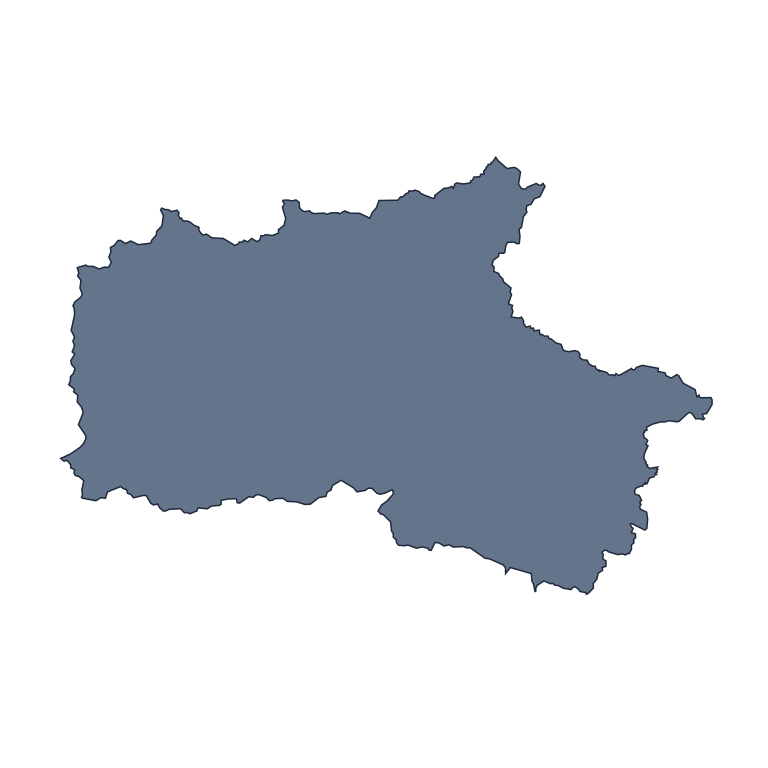 the district of Song, Phrae, Thailand, rotated 267°
{"feature_id": "78962969B64048827158998", "entity_name": "Song", "entity_type": "district", "adm_level": 2, "iso_a3": "THA", "parent_name": "Thailand", "parent_adm1": "Phrae", "projection": "robinson", "projection_center": [100.212, 18.562], "detail": "fine", "context": "isolated", "style": "filled", "palette": "slate", "viewbox_px": 768, "rotation_deg": 267, "n_neighbors": 0, "source": "geoboundaries", "source_scale": "gbopen_adm2", "svg_char_len": 6114}
<svg xmlns="http://www.w3.org/2000/svg" viewBox="0 0 768 768"><g transform="rotate(267 384 384)"><path d="M518.4,92.5L516.3,83.8L510.9,85.0L507.8,83.7L503.3,86.8L495.8,85.4L489.4,87.5L486.4,85.5L482.4,79.8L478.5,77.5L475.4,78.6L469.4,78.7L453.9,74.4L447.1,77.4L443.2,75.6L438.2,76.9L432.4,74.3L430.1,76.8L423.8,72.5L420.0,73.0L415.5,76.3L410.6,74.2L407.7,71.2L403.8,71.0L399.8,69.1L395.1,74.6L392.5,73.5L388.9,77.6L382.2,76.7L376.9,80.6L371.4,82.2L359.4,76.7L348.0,83.5L345.0,83.5L339.7,80.4L336.4,76.8L330.4,66.9L326.6,57.2L323.7,60.4L324.3,63.6L319.5,67.0L316.7,66.7L314.8,70.3L311.0,69.9L308.7,71.0L307.5,74.7L303.2,79.1L293.8,76.7L289.6,77.2L286.8,76.0L285.7,77.0L282.5,90.3L285.3,95.2L284.5,99.8L290.7,102.2L295.4,115.6L292.8,118.7L292.1,121.4L288.4,122.1L286.7,125.7L283.5,127.8L285.4,138.4L284.8,140.9L277.1,144.8L275.3,147.4L276.0,151.6L271.8,153.7L268.7,156.9L268.6,159.3L270.1,162.9L270.1,174.3L265.9,177.9L265.9,181.0L264.6,183.3L267.0,190.4L270.0,191.9L268.6,200.9L271.2,205.5L271.4,213.6L272.5,215.1L276.3,215.2L277.3,221.8L277.2,229.8L276.4,230.8L273.2,231.1L272.6,233.6L278.5,243.1L277.7,247.7L279.7,250.0L280.2,252.7L277.0,260.3L273.5,263.3L273.7,266.4L275.2,269.1L275.1,277.1L271.8,281.4L270.9,290.4L267.8,299.0L267.9,304.3L274.0,313.0L274.8,320.1L279.1,321.6L280.8,325.5L285.3,327.2L290.1,336.1L281.9,348.2L277.7,351.3L278.7,359.6L280.7,362.6L280.6,366.3L275.3,371.2L274.1,374.2L275.1,379.7L278.0,386.5L275.3,387.7L273.3,387.2L267.1,381.0L263.1,375.0L257.5,371.4L254.2,374.1L253.6,376.5L246.0,383.3L236.7,383.9L234.1,385.5L230.6,385.2L227.8,387.9L224.8,388.3L222.2,390.1L221.4,396.3L221.9,399.5L218.3,407.9L219.3,413.5L217.7,419.0L215.6,420.5L215.4,422.4L223.1,426.6L222.4,430.7L219.1,435.4L220.0,440.7L217.6,444.5L217.5,454.8L216.0,458.2L216.0,461.3L204.8,475.7L203.7,480.5L197.1,493.5L194.2,495.7L188.3,495.5L194.1,500.5L187.0,521.1L179.1,521.5L176.8,522.8L168.9,523.9L169.1,524.7L172.5,525.0L174.9,526.5L179.0,533.5L175.9,539.6L175.9,542.5L174.2,544.0L173.6,547.6L170.7,552.2L168.9,560.1L171.2,562.1L171.4,564.2L169.5,566.9L166.5,569.0L165.0,574.9L163.4,575.1L164.3,577.1L169.3,582.5L173.8,582.5L177.9,586.3L183.9,588.0L186.5,592.6L189.3,592.2L190.3,596.1L195.8,596.4L197.2,593.9L199.7,593.4L202.4,594.2L204.2,592.8L205.0,593.2L206.2,595.0L206.2,598.0L204.8,599.1L201.4,608.3L201.8,613.5L200.6,616.0L202.0,618.7L201.8,620.0L205.7,622.4L210.6,622.8L212.4,625.3L215.4,625.0L217.4,627.2L221.2,627.3L222.6,623.3L226.8,625.2L228.6,623.3L231.4,622.8L231.7,623.9L224.5,636.9L225.9,638.9L235.3,640.2L242.2,639.6L245.8,633.2L248.4,633.0L250.2,634.3L252.5,633.2L254.3,635.1L259.3,633.1L260.8,629.0L263.1,628.5L266.7,629.8L268.5,634.8L268.5,637.3L269.8,637.2L270.7,638.4L270.3,639.7L271.7,639.8L270.6,641.4L276.3,644.3L277.1,648.6L279.5,650.1L279.3,651.4L280.8,650.6L281.8,652.4L284.1,651.6L284.6,653.0L285.9,652.3L286.8,653.0L285.8,644.7L288.4,642.2L289.2,643.0L291.0,641.1L292.1,641.7L296.0,639.6L300.4,640.3L308.5,644.4L309.8,642.4L314.0,644.4L317.1,641.0L321.1,640.4L322.6,641.9L323.4,641.5L324.2,644.3L327.0,643.8L329.8,649.7L331.7,658.4L331.4,662.6L332.4,666.3L330.9,675.0L331.4,676.8L339.6,686.8L338.7,689.8L332.9,693.4L332.9,697.0L331.6,700.9L332.8,702.3L333.8,701.1L337.2,700.5L337.6,704.6L346.2,710.5L350.8,710.8L353.3,709.9L353.7,699.6L354.8,698.1L356.3,698.1L355.0,695.7L362.1,694.4L369.2,682.7L376.8,678.8L378.1,676.8L374.8,671.2L377.7,666.0L380.4,665.3L382.2,658.2L385.3,658.8L389.1,642.8L387.4,637.0L385.1,635.0L385.2,633.0L386.6,632.0L380.1,619.1L382.3,616.1L380.2,615.1L381.3,612.9L381.0,609.5L383.8,607.2L386.0,601.1L385.4,599.9L386.6,599.7L386.4,598.7L388.2,596.5L390.7,595.9L390.8,593.5L393.3,589.7L397.1,588.2L397.7,584.0L399.4,581.5L401.3,580.6L403.2,581.4L406.1,579.6L407.4,576.3L406.6,570.0L407.7,565.9L409.0,564.6L414.3,562.9L416.0,558.0L420.4,553.0L420.8,551.1L423.2,550.3L423.5,546.5L425.2,544.4L425.1,542.4L429.8,541.8L429.2,536.7L432.0,536.2L431.9,533.5L434.2,533.0L433.3,528.9L437.2,526.6L440.1,526.6L443.6,524.7L442.7,522.0L444.3,514.5L449.6,516.5L453.3,515.6L455.7,516.5L457.6,512.4L466.6,516.1L469.1,514.8L473.3,515.8L479.6,508.9L482.8,508.1L486.5,504.8L488.3,504.4L490.7,499.5L495.1,500.1L497.3,498.1L501.9,499.7L505.4,505.0L508.6,505.6L508.3,510.5L509.2,511.5L515.9,512.9L519.0,514.8L519.0,520.7L517.0,524.7L517.3,526.5L524.3,527.5L531.4,527.0L533.2,529.4L543.8,532.0L548.2,535.7L550.9,535.1L554.6,535.9L555.7,540.3L561.0,543.6L563.0,549.6L572.9,555.1L576.0,553.3L574.3,551.3L574.5,548.8L576.3,546.6L573.1,537.5L571.1,535.8L571.9,531.6L576.5,528.8L588.6,531.4L592.5,527.6L593.5,525.1L592.7,518.2L601.0,509.6L604.6,507.5L600.0,504.1L599.4,502.5L597.8,502.1L597.9,499.5L596.4,499.2L595.3,497.4L594.4,497.6L591.1,494.6L588.3,494.9L588.4,491.4L586.8,491.2L585.9,489.8L586.0,484.7L582.9,483.0L582.4,481.3L580.4,480.7L579.6,473.9L581.0,466.9L580.0,465.3L575.9,463.5L577.8,462.0L576.4,458.5L576.3,454.2L569.6,444.6L566.9,444.2L566.8,442.6L570.3,434.6L572.6,430.4L574.4,429.1L576.0,424.8L575.1,423.3L575.6,419.0L573.4,418.0L573.1,416.1L569.9,412.5L570.0,410.3L566.8,407.4L567.5,388.6L560.5,385.7L555.6,381.1L550.3,378.6L555.7,368.6L556.4,358.5L557.8,356.7L557.3,355.7L559.0,354.1L556.2,348.4L557.4,347.1L557.7,340.0L556.4,335.5L557.8,333.5L557.8,323.1L559.0,320.3L560.9,318.7L560.3,313.6L561.6,311.2L564.5,308.9L569.8,308.8L572.4,305.8L571.6,301.2L572.7,298.1L572.8,293.0L571.9,292.3L569.0,294.1L565.9,291.8L554.5,294.5L547.8,292.5L543.6,286.6L540.2,286.6L538.1,280.2L539.4,273.5L538.3,271.6L538.5,268.9L534.4,267.6L532.8,264.7L536.3,259.3L533.1,255.6L534.9,251.3L533.0,250.2L533.4,247.0L531.8,246.1L530.1,242.5L537.7,231.2L539.0,219.8L542.9,214.7L542.3,210.6L546.9,207.2L550.2,207.4L552.3,202.8L555.8,198.8L557.1,196.0L557.4,191.9L560.3,190.2L559.8,188.9L563.7,187.4L565.5,188.3L568.4,186.4L567.3,181.0L569.4,177.6L569.7,174.6L571.3,171.3L569.6,170.0L563.6,172.5L553.5,170.5L548.5,165.1L544.5,164.3L539.8,159.6L536.8,158.4L536.0,146.0L540.1,138.5L537.8,133.2L541.2,128.4L541.2,125.9L536.6,122.0L534.7,118.0L530.1,118.1L525.1,115.9L519.9,118.0L514.9,115.1L515.4,110.8L513.8,105.5L516.7,99.7L517.0,94.3L518.4,92.5Z" fill="#64748b" stroke="#1e293b" stroke-width="1.5"/></g></svg>